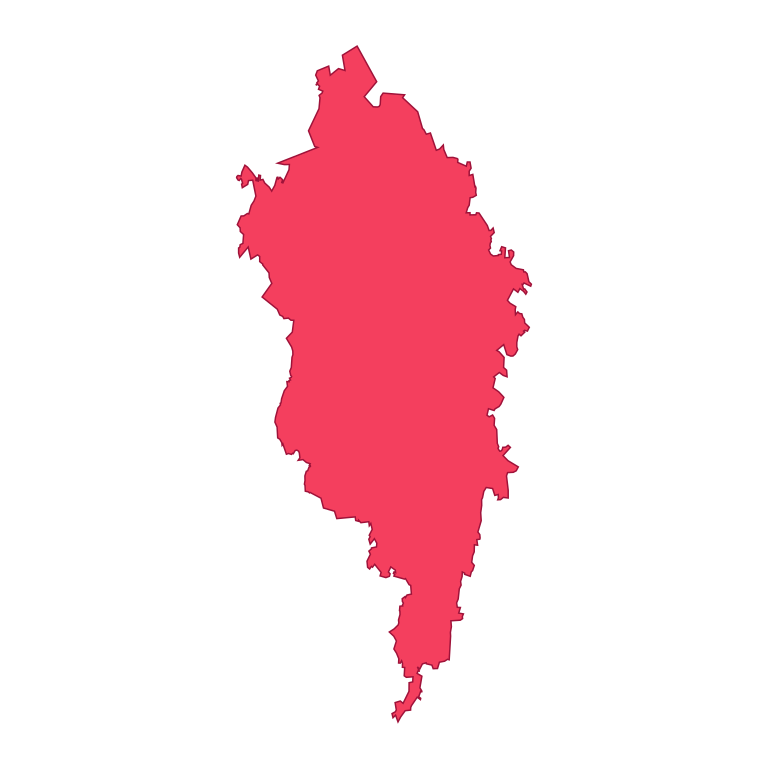 San Carlos, Córdoba, Colombia (Equal Earth projection)
{"feature_id": "7082276B45851614752586", "entity_name": "San Carlos", "entity_type": "district", "adm_level": 2, "iso_a3": "COL", "parent_name": "Colombia", "parent_adm1": "Córdoba", "projection": "equal_earth", "projection_center": [-75.703, 8.685], "detail": "fine", "context": "isolated", "style": "filled", "palette": "rose", "viewbox_px": 768, "rotation_deg": 0, "n_neighbors": 0, "source": "geoboundaries", "source_scale": "gbopen_adm2", "svg_char_len": 6106}
<svg xmlns="http://www.w3.org/2000/svg" viewBox="0 0 768 768"><path d="M410.6,710.1L410.7,707.5L411.5,705.6L417.2,697.2L420.4,699.6L420.7,698.3L418.7,696.7L420.7,691.3L421.7,691.8L421.9,691.2L419.9,687.8L421.9,676.2L417.1,673.4L417.9,671.1L419.9,671.1L419.0,670.8L417.4,666.9L419.8,669.0L422.4,663.9L426.1,662.8L426.3,663.8L431.9,665.1L433.2,668.7L437.5,668.5L439.4,662.2L444.6,661.2L447.5,659.3L449.2,659.8L450.6,636.1L450.4,632.4L451.4,626.7L450.9,620.8L460.3,620.2L462.6,618.6L462.3,616.7L463.4,613.9L458.7,613.1L460.4,607.5L457.3,607.3L456.6,602.9L458.2,599.0L459.3,588.8L461.1,585.1L460.6,581.4L462.1,576.6L462.3,572.0L464.7,573.2L464.6,574.3L470.2,576.3L471.3,571.9L472.6,570.6L474.3,565.4L471.7,562.3L472.6,555.8L474.2,551.9L474.4,544.8L477.6,545.2L476.8,539.6L479.8,539.2L480.1,538.0L479.8,534.6L477.9,532.0L481.2,520.7L480.7,512.7L481.7,505.4L481.6,499.6L482.5,497.8L483.8,491.4L486.2,487.5L492.6,488.5L494.8,495.4L498.2,494.5L498.4,497.9L497.7,499.8L500.6,499.6L503.3,497.4L508.2,498.0L508.2,490.4L506.5,475.9L507.6,472.6L513.3,472.3L516.2,470.8L518.3,466.9L508.0,460.7L503.0,455.6L510.4,447.4L508.1,445.3L505.6,447.2L502.8,447.3L502.2,449.7L500.9,451.0L499.8,451.2L498.6,449.5L498.0,448.2L498.7,446.8L497.3,443.4L496.7,429.6L494.1,425.3L494.6,418.4L492.6,415.0L489.2,416.8L487.0,415.2L488.5,408.7L494.1,410.5L495.1,408.8L499.1,406.5L500.8,404.2L503.9,397.4L498.7,391.8L493.0,387.8L495.2,378.5L493.7,376.9L499.3,372.5L503.2,375.4L507.1,376.8L506.6,370.2L503.6,367.5L504.1,357.4L499.1,351.8L496.7,350.4L503.7,344.6L506.9,354.6L510.8,356.1L513.0,356.0L515.3,354.0L517.7,349.6L516.8,346.9L516.8,342.5L518.0,336.0L519.1,334.2L521.0,335.8L524.7,332.2L523.6,331.1L524.6,330.3L527.4,331.1L529.3,327.3L524.7,322.9L524.4,319.4L522.8,317.2L521.8,313.8L519.5,313.5L517.8,311.9L515.5,314.7L515.2,309.5L515.8,306.7L510.0,303.2L507.4,300.3L513.5,288.9L517.9,292.3L519.9,288.6L523.5,291.3L525.8,294.2L527.0,292.0L524.7,288.9L523.6,289.1L522.2,284.4L522.9,284.5L524.0,283.0L530.7,286.2L531.4,284.2L528.9,281.7L527.1,273.7L525.4,271.9L523.8,271.9L523.4,269.8L516.1,268.4L511.2,264.7L510.1,261.9L513.6,255.7L513.7,252.0L511.3,250.0L508.5,250.7L509.5,257.5L504.8,257.7L505.5,247.9L501.7,246.7L500.0,250.7L501.6,251.0L501.3,254.3L498.4,254.6L498.4,255.5L493.3,256.0L490.6,254.1L488.6,250.0L490.5,248.1L489.9,245.4L490.3,243.1L491.3,241.6L490.8,239.7L491.4,238.7L490.5,236.4L494.2,232.6L493.1,228.0L490.9,230.4L489.1,230.5L487.3,225.5L479.0,213.0L476.5,212.8L475.8,214.8L470.0,214.9L470.0,212.7L466.2,212.8L467.7,207.7L469.2,205.2L470.1,197.7L472.8,197.3L476.3,195.3L475.7,192.5L476.0,188.1L475.5,186.5L474.9,186.8L472.8,174.4L469.2,175.5L469.2,171.2L471.1,168.2L470.0,162.0L467.3,162.0L466.3,166.2L457.7,162.4L457.9,159.2L457.1,158.5L453.0,157.4L447.2,157.6L443.8,149.5L443.3,145.0L439.6,149.0L436.3,150.3L430.4,133.0L426.3,134.2L423.9,129.7L422.5,128.5L417.7,111.8L402.6,97.7L404.6,94.8L383.1,93.1L380.7,96.6L380.2,104.6L379.2,106.4L377.5,107.0L373.2,106.8L364.2,96.7L376.7,81.7L357.1,46.1L342.4,55.2L345.0,70.5L338.5,68.6L330.3,75.2L328.7,66.1L317.3,70.8L315.7,75.1L318.4,81.0L316.9,82.7L317.4,83.5L316.2,84.4L316.4,84.9L317.5,84.2L319.6,86.2L318.5,89.3L322.8,91.1L322.1,93.0L319.1,95.4L320.0,97.8L319.0,108.7L308.5,130.8L314.7,146.4L317.7,147.4L277.6,163.2L284.4,164.6L289.4,164.5L289.0,169.7L282.9,182.9L281.7,182.5L282.6,179.8L281.5,178.6L280.0,177.3L278.2,179.0L277.8,177.2L277.0,177.4L274.8,185.4L271.7,191.1L269.2,187.1L264.7,183.0L262.9,179.4L260.2,180.1L260.5,175.5L258.8,175.1L258.3,181.1L257.6,180.9L257.7,178.1L256.9,178.1L256.7,180.7L255.9,180.5L256.0,178.0L252.4,172.9L247.5,167.1L244.9,165.2L241.9,172.0L241.1,176.0L238.0,175.5L236.9,176.5L236.6,177.7L238.0,180.0L239.2,180.5L240.8,178.5L241.5,179.2L242.6,183.4L241.6,184.1L242.3,187.7L247.7,184.4L248.5,180.6L252.7,180.2L255.9,196.1L254.0,201.0L251.2,205.3L248.8,213.9L247.4,213.5L243.8,215.9L241.1,216.0L237.3,224.7L240.1,227.8L240.3,231.5L243.6,234.5L242.9,243.4L240.2,244.7L239.8,247.2L238.6,248.0L238.6,253.1L239.7,257.3L248.2,247.0L250.9,259.1L257.6,254.9L259.7,256.5L259.7,261.6L262.8,264.1L262.7,264.9L269.0,272.9L269.3,277.6L271.8,283.4L262.1,297.0L277.3,309.2L279.8,315.0L282.7,316.4L283.9,318.6L288.4,318.1L290.9,320.2L293.8,320.3L292.3,332.1L286.4,338.3L291.6,347.0L292.8,351.0L292.9,354.7L292.0,357.3L291.3,367.5L289.8,371.2L290.7,375.3L291.6,376.4L291.3,377.3L289.5,378.2L290.5,380.0L289.0,380.6L289.2,381.7L286.9,381.6L287.5,386.4L284.3,390.7L281.6,398.7L281.0,402.9L280.2,403.3L280.4,405.0L278.0,408.0L275.5,417.5L274.9,422.1L277.1,427.1L277.7,437.9L279.8,439.2L281.8,442.7L282.1,445.2L282.9,444.0L286.4,454.2L288.5,453.5L291.5,454.4L292.6,453.3L293.3,453.7L295.2,450.5L296.8,450.1L298.5,451.1L299.3,452.8L299.9,457.8L298.2,460.3L303.0,459.6L306.4,462.5L310.2,463.7L309.2,465.5L309.5,466.1L310.3,465.8L310.4,466.5L309.0,467.2L307.7,470.7L306.3,471.3L304.9,475.9L305.0,480.7L304.4,484.2L305.0,485.3L305.3,491.2L308.4,491.9L309.5,492.9L310.2,492.5L321.0,498.2L323.5,508.0L334.5,511.2L336.8,518.6L355.2,516.9L355.7,520.5L358.6,521.3L358.6,520.2L360.9,522.7L368.8,521.7L369.3,525.7L370.8,523.5L372.2,529.4L369.2,535.3L370.2,536.7L368.8,539.2L370.2,544.1L374.4,538.7L376.8,543.2L376.5,546.9L371.5,547.9L371.3,549.0L368.9,551.1L370.4,554.2L367.0,561.2L367.6,567.3L369.6,569.0L371.4,566.4L372.5,567.2L374.7,564.3L381.1,572.4L380.1,575.9L385.9,577.6L389.4,576.3L390.1,573.8L388.4,572.0L390.8,566.9L395.3,570.1L395.6,572.6L394.1,571.9L393.4,573.4L394.7,574.4L393.9,576.1L404.5,579.1L405.5,578.6L409.1,584.7L410.7,585.4L411.4,594.1L407.0,595.0L405.5,597.5L405.0,596.6L402.2,598.7L402.4,601.5L403.4,603.1L402.5,605.0L402.7,605.9L399.9,606.2L399.5,610.7L399.9,611.0L400.0,614.5L398.5,620.0L398.8,622.8L398.2,624.9L394.0,629.0L389.3,632.0L393.8,636.2L396.4,641.0L393.9,649.0L396.5,653.1L398.8,658.7L398.6,663.0L400.3,663.1L401.6,660.8L402.5,663.3L402.4,667.3L404.7,667.5L404.2,675.8L406.3,677.3L413.0,676.8L412.7,681.9L409.1,682.7L409.0,691.3L403.1,703.3L400.3,701.0L395.1,702.6L396.3,710.0L395.3,711.8L392.0,713.6L393.0,717.7L395.6,715.2L398.0,721.9L400.7,716.9L405.2,710.7L410.6,710.1Z" fill="#f43f5e" stroke="#9f1239" stroke-width="1.5"/></svg>